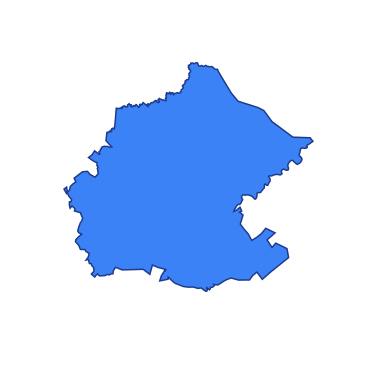 Mopani, Limpopo, South Africa (Robinson projection), rotated 327°
{"feature_id": "47623444B84816538378710", "entity_name": "Mopani", "entity_type": "district", "adm_level": 2, "iso_a3": "ZAF", "parent_name": "South Africa", "parent_adm1": "Limpopo", "projection": "robinson", "projection_center": [30.66, -23.827], "detail": "fine", "context": "isolated", "style": "filled", "palette": "blue", "viewbox_px": 384, "rotation_deg": 327, "n_neighbors": 0, "source": "geoboundaries", "source_scale": "gbopen_adm2", "svg_char_len": 5865}
<svg xmlns="http://www.w3.org/2000/svg" viewBox="0 0 384 384"><g transform="rotate(327 192 192)"><path d="M128.1,259.3L133.5,266.8L137.0,269.7L141.3,272.4L144.5,276.1L147.4,277.4L149.3,282.5L150.3,283.2L151.6,282.4L151.8,282.0L151.8,280.6L152.2,280.2L153.0,282.1L153.3,283.3L153.4,283.6L154.2,283.3L155.7,282.1L156.3,282.6L157.4,283.0L159.5,282.8L160.0,282.6L160.2,282.2L160.1,281.5L163.1,284.1L171.0,284.1L174.1,284.5L178.0,285.5L183.1,291.2L192.3,297.1L197.0,295.2L202.8,294.5L203.4,303.5L215.4,301.8L237.3,299.6L240.8,291.2L234.4,280.5L228.9,282.1L228.9,273.0L239.4,271.5L234.1,262.6L228.0,264.6L221.6,265.3L215.7,265.1L216.3,257.7L215.5,251.8L215.0,245.2L222.3,239.1L220.9,234.9L223.3,235.1L224.0,230.9L219.6,231.5L216.7,231.0L217.1,230.8L217.8,229.9L220.6,228.7L221.6,228.0L224.0,227.6L224.4,227.7L225.1,228.3L225.7,228.4L227.3,227.8L229.3,226.4L230.2,226.2L230.4,225.8L230.4,224.1L231.0,222.9L232.6,222.2L233.2,222.1L233.7,222.4L234.8,223.6L236.6,224.3L238.5,226.0L239.8,228.1L240.1,228.6L240.7,232.0L241.4,232.5L242.2,232.3L243.6,231.4L246.0,228.5L246.3,228.3L247.0,228.4L248.5,229.5L249.4,229.7L253.1,228.3L254.4,228.1L255.1,227.6L256.9,225.2L257.4,225.1L257.8,225.2L258.2,226.7L258.6,227.3L258.9,227.5L259.4,227.5L262.0,225.9L263.1,225.6L263.5,225.3L264.1,224.4L264.7,223.2L264.7,220.6L265.6,220.5L267.5,221.9L269.9,222.2L272.9,223.5L273.5,223.9L274.9,225.5L275.9,225.9L277.0,225.8L277.6,225.5L277.9,223.8L278.4,223.0L280.0,222.5L280.9,222.4L281.6,223.0L282.4,224.5L283.3,225.3L284.3,225.9L284.7,225.8L286.0,224.6L286.2,222.9L287.6,221.0L289.1,220.2L291.6,219.6L292.5,219.6L293.3,220.0L293.7,220.6L294.4,223.9L295.1,225.9L295.6,226.3L297.9,226.4L300.0,225.9L301.7,224.9L302.2,224.3L302.4,223.3L302.4,222.3L301.9,220.2L301.9,219.7L302.1,219.2L302.4,218.8L303.6,218.0L304.3,217.2L306.6,215.0L307.4,214.8L308.2,214.9L308.8,215.5L309.3,215.8L309.7,216.3L310.5,216.7L311.0,217.1L312.0,217.4L313.0,217.3L313.2,217.0L313.1,216.2L313.6,215.5L317.1,215.6L321.1,215.3L320.7,212.8L320.7,210.9L306.5,201.0L297.4,176.5L296.6,162.8L293.4,157.2L280.1,141.0L278.8,130.4L279.5,109.6L279.9,104.0L280.2,103.6L280.2,103.0L279.6,102.7L277.8,101.0L277.7,99.3L277.1,97.9L276.8,97.5L275.0,96.6L273.6,95.0L272.9,94.7L272.5,93.3L272.0,93.1L271.2,93.2L269.7,92.7L269.4,92.5L269.3,91.5L268.7,91.0L267.3,91.0L266.8,90.4L266.3,89.4L266.9,87.0L266.8,86.5L265.6,85.8L263.6,85.5L263.0,84.4L262.0,83.6L261.2,83.3L260.2,84.2L258.1,83.9L257.8,84.0L257.6,84.3L257.7,85.3L257.6,85.5L256.7,85.7L256.7,86.5L256.4,87.3L256.6,87.6L256.9,87.6L257.0,88.1L256.6,89.4L256.6,90.1L255.4,90.7L254.0,90.9L253.6,91.8L253.0,92.5L252.8,93.8L251.6,94.6L251.1,94.6L250.3,95.6L249.0,95.3L248.4,94.9L247.3,95.5L246.7,95.2L246.4,95.4L246.2,96.4L244.4,97.3L243.7,97.5L242.0,97.5L241.5,98.6L241.8,99.3L241.5,99.9L240.0,100.4L238.7,100.4L237.3,102.0L236.8,101.7L236.2,102.3L235.3,102.4L234.9,102.1L233.9,100.7L232.7,100.5L231.3,100.0L229.6,100.5L229.4,99.8L230.1,98.6L230.0,98.4L229.4,97.9L228.7,97.6L228.0,97.8L227.5,98.3L227.3,97.6L227.7,96.9L227.3,96.8L227.2,96.2L226.2,96.8L225.6,96.7L225.1,96.4L225.4,95.7L224.8,95.0L224.1,95.4L223.4,96.4L222.7,96.8L222.5,97.8L222.0,98.2L221.8,98.8L220.9,98.8L220.7,99.1L220.6,99.6L220.8,100.1L220.3,101.0L219.9,101.2L219.7,100.8L219.1,100.7L218.3,99.3L216.7,98.1L216.6,97.5L216.0,97.0L215.7,96.0L215.5,95.7L214.5,96.1L214.1,96.0L214.0,96.3L213.4,96.6L213.9,98.3L213.3,98.9L211.9,98.2L211.3,97.0L211.7,96.6L211.8,96.1L211.3,95.4L210.6,95.3L209.5,95.7L208.5,95.5L207.7,95.7L206.8,95.0L206.2,94.8L204.7,95.5L204.2,95.3L203.8,95.5L203.9,95.0L203.5,94.4L203.2,94.1L202.3,94.1L202.0,94.4L202.1,95.8L201.7,96.3L199.7,90.4L198.9,90.7L198.6,90.7L197.7,91.6L196.8,91.0L196.5,90.3L195.8,90.1L195.5,90.3L195.6,90.9L195.1,91.4L194.7,91.7L194.0,91.7L193.7,92.1L193.3,91.8L193.4,91.0L193.1,89.4L192.8,88.9L192.9,88.5L192.6,88.2L191.6,88.6L191.3,88.5L191.0,88.8L190.5,87.9L189.8,87.7L189.4,88.2L188.8,88.2L187.4,87.2L187.4,86.9L187.9,86.3L188.3,86.4L188.6,85.9L187.3,84.8L187.3,83.7L185.7,84.0L185.4,83.9L184.9,84.8L184.4,84.8L184.2,85.2L184.0,85.3L182.8,84.4L182.5,83.3L182.1,83.0L181.9,83.0L181.7,82.7L181.2,82.9L180.7,82.6L180.3,82.6L180.2,83.0L179.3,83.2L179.2,83.6L178.6,83.9L178.3,83.2L178.5,82.6L177.6,82.7L176.9,82.3L175.4,82.0L175.1,81.7L174.9,80.9L174.1,80.5L164.4,93.1L161.3,96.7L160.8,95.7L160.5,95.4L159.8,95.5L159.3,95.3L159.2,95.6L158.4,95.7L158.3,96.7L158.0,96.9L157.5,96.8L157.1,97.1L156.7,96.9L156.5,97.0L156.5,96.1L155.0,96.5L154.4,96.0L154.1,96.3L153.3,96.4L153.4,96.2L153.0,95.8L147.8,102.1L149.2,110.5L147.1,109.5L146.2,107.9L145.0,107.2L143.4,105.9L141.7,105.4L140.5,105.3L139.0,106.7L138.5,106.5L138.0,106.8L137.3,107.5L135.9,107.6L135.5,109.8L135.2,110.0L134.7,109.8L132.7,104.4L128.3,106.4L124.0,106.7L125.8,111.5L127.2,114.2L128.4,115.6L127.7,116.7L126.8,117.6L126.7,118.5L126.8,119.9L125.5,120.6L125.3,120.8L124.9,122.3L124.1,123.6L124.0,124.8L123.2,125.6L118.8,126.8L116.1,121.8L115.6,117.8L111.2,115.4L100.7,116.2L100.1,120.3L96.5,120.4L92.9,121.1L90.5,123.6L87.4,124.5L89.5,119.6L86.2,119.9L85.9,125.2L86.9,126.3L86.4,128.3L86.9,132.7L85.3,134.3L83.8,133.5L82.1,136.0L81.0,139.2L83.7,138.3L84.8,142.2L83.1,143.9L87.4,148.9L86.8,149.7L86.0,154.5L83.3,156.4L81.3,157.2L77.6,160.0L74.9,162.5L74.8,164.4L76.5,167.3L72.8,167.7L68.4,168.8L67.2,170.2L68.0,175.1L67.4,177.7L67.2,179.4L71.0,182.1L70.6,184.0L72.3,187.6L69.6,190.0L66.1,191.4L68.3,192.1L67.0,196.1L68.5,197.2L67.9,198.9L68.2,200.5L68.1,201.1L68.3,202.4L67.4,203.5L67.4,204.0L66.8,204.8L65.6,205.4L65.0,205.4L62.9,206.0L64.1,210.3L66.0,209.6L68.1,209.2L68.5,211.4L68.9,212.1L73.7,214.8L75.7,214.8L77.5,216.5L80.3,216.7L81.1,217.6L83.3,215.1L86.9,213.5L91.0,219.3L108.9,230.2L111.8,238.1L119.0,231.7L122.4,236.7L127.5,242.4L127.2,242.5L127.5,243.1L126.6,243.6L126.2,243.0L120.8,245.5L116.5,249.0L124.4,252.1L125.7,250.4L127.3,257.1L128.1,259.3Z" fill="#3b82f6" stroke="#1e3a8a" stroke-width="1.5"/></g></svg>